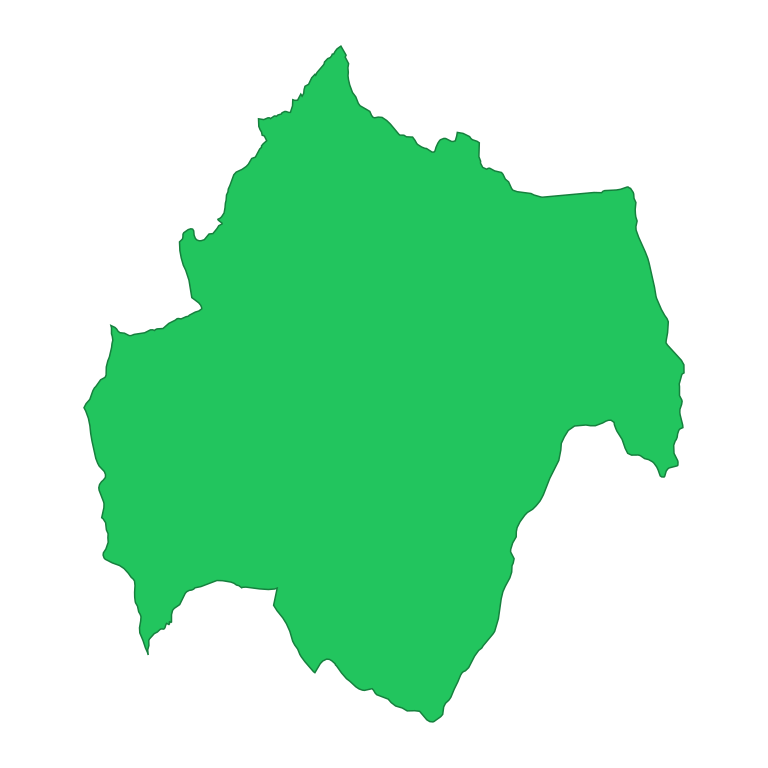 El Cocuy, Boyacá, Colombia (Equal Earth projection)
{"feature_id": "7082276B29849615421719", "entity_name": "El Cocuy", "entity_type": "district", "adm_level": 2, "iso_a3": "COL", "parent_name": "Colombia", "parent_adm1": "Boyacá", "projection": "equal_earth", "projection_center": [-72.432, 6.355], "detail": "fine", "context": "isolated", "style": "filled", "palette": "green", "viewbox_px": 768, "rotation_deg": 0, "n_neighbors": 0, "source": "geoboundaries", "source_scale": "gbopen_adm2", "svg_char_len": 6083}
<svg xmlns="http://www.w3.org/2000/svg" viewBox="0 0 768 768"><path d="M442.7,714.4L443.7,706.9L445.5,703.3L449.1,699.9L450.9,697.2L454.2,689.2L457.8,681.9L460.6,675.1L461.9,673.0L463.4,671.6L465.4,670.8L468.7,667.6L474.6,656.1L478.7,650.4L481.7,648.1L483.2,645.7L493.2,633.7L494.7,631.3L498.4,618.7L501.2,598.8L502.9,591.7L505.2,586.5L509.9,577.8L511.7,572.1L512.0,565.7L513.2,563.1L514.1,558.7L510.6,551.9L510.7,549.4L512.7,542.9L516.2,536.9L516.3,531.7L517.1,527.6L520.0,521.8L524.8,515.2L527.4,512.5L532.7,509.2L536.1,505.8L539.9,501.2L541.6,498.2L543.4,494.7L549.8,478.3L558.8,460.4L560.8,450.1L561.3,443.4L564.3,436.9L568.3,430.4L574.6,426.0L585.9,425.0L590.4,425.7L595.4,425.7L602.8,422.9L605.8,421.2L608.3,420.3L611.0,420.2L614.1,422.4L614.4,424.8L615.8,428.6L616.9,431.1L622.1,439.4L625.2,448.4L627.7,453.3L631.5,455.1L638.2,455.0L640.3,455.6L644.6,458.6L648.6,459.6L652.5,461.8L654.0,463.2L656.8,467.1L658.1,469.9L660.2,475.9L661.7,476.9L664.1,477.0L664.7,476.3L666.2,471.1L668.0,468.7L669.2,467.9L676.6,466.0L677.6,465.6L677.9,465.0L678.0,462.1L677.7,460.7L674.0,453.3L673.7,445.3L675.2,441.0L676.3,439.5L677.2,437.1L677.6,434.0L678.8,430.3L680.0,428.9L682.9,427.6L682.7,425.1L680.1,414.7L679.8,412.4L679.9,409.4L681.6,404.5L682.1,401.4L681.8,400.0L679.5,395.6L679.5,386.6L679.2,384.0L681.8,374.7L682.3,373.9L684.0,372.9L683.9,364.8L681.4,360.3L667.6,345.2L666.0,342.8L666.2,340.5L667.6,332.6L668.3,321.8L667.0,318.6L664.7,315.4L661.4,309.5L656.6,298.4L656.0,296.3L654.5,287.2L649.1,263.1L647.8,258.4L645.3,252.0L638.7,237.3L636.1,230.1L635.9,226.7L637.1,221.0L635.8,216.9L635.4,213.6L635.2,209.5L635.9,202.5L634.0,198.3L633.7,194.0L633.2,192.4L630.5,188.3L629.7,188.2L628.1,187.0L627.2,187.0L620.5,189.3L616.3,190.0L604.6,190.6L602.9,191.3L601.6,192.7L594.0,192.5L542.4,197.2L540.9,197.0L534.0,195.0L531.0,193.5L517.2,191.7L513.2,190.3L512.5,189.8L511.4,188.1L508.6,181.9L505.3,179.1L503.0,174.3L501.5,172.5L494.7,170.9L489.7,168.2L488.2,168.3L486.7,169.2L482.7,167.4L480.5,163.1L480.6,161.2L478.9,156.7L479.3,142.8L477.1,141.3L472.4,139.7L471.0,138.6L469.6,136.6L463.1,133.4L457.3,132.4L456.7,136.0L455.3,140.8L453.1,141.5L451.4,141.4L445.7,138.5L443.9,138.4L440.6,139.7L439.7,140.4L437.9,143.1L436.0,147.3L435.0,150.9L433.9,152.1L432.1,152.1L426.5,148.5L424.8,148.3L421.6,147.0L417.8,144.6L416.8,143.6L414.9,140.2L412.6,137.1L406.4,136.8L403.9,135.2L399.8,135.1L398.8,134.2L390.5,124.2L386.7,120.5L382.1,117.4L378.2,117.1L374.6,117.8L373.0,117.3L371.5,115.3L369.8,111.4L360.0,105.7L358.3,103.3L355.8,96.9L352.5,92.5L349.7,84.9L348.5,79.7L348.0,75.8L348.3,72.3L347.9,67.8L348.6,63.7L345.2,57.1L346.1,55.2L340.9,46.1L337.0,48.9L335.1,51.4L333.7,54.0L332.3,54.1L331.6,55.9L330.2,57.6L327.7,58.6L324.5,62.0L324.1,63.9L323.4,65.0L317.0,72.5L315.7,75.2L315.0,74.3L311.7,77.8L308.6,84.3L305.0,86.3L304.1,89.5L303.7,93.4L302.1,96.2L300.8,94.1L297.6,100.2L294.7,100.4L292.8,99.7L292.5,105.9L290.4,112.4L288.7,112.4L286.0,111.5L284.7,111.5L282.0,112.8L281.3,114.0L277.9,115.0L276.3,116.4L275.0,115.9L274.0,116.2L270.5,118.6L269.7,117.9L268.0,117.8L263.8,119.6L258.5,118.8L258.8,126.4L260.1,129.7L261.5,132.0L262.2,135.3L263.6,135.6L264.5,136.3L266.7,140.7L263.1,143.9L261.5,145.9L261.5,147.3L259.7,149.0L255.4,157.1L251.7,158.5L248.3,164.3L246.2,166.5L242.0,169.4L236.2,172.1L233.8,174.8L229.9,185.5L228.3,189.0L227.9,192.0L226.5,195.0L226.1,200.3L225.4,203.1L225.0,207.8L224.1,212.9L221.6,216.8L220.1,218.2L217.9,219.3L218.3,220.2L222.0,223.1L222.0,224.0L218.8,225.7L216.9,228.7L212.9,233.6L209.0,234.0L204.3,239.7L201.2,240.7L199.2,240.8L197.1,240.1L195.4,238.5L194.1,235.2L193.7,230.8L192.6,229.1L190.8,228.8L188.2,229.6L183.8,232.7L183.0,234.2L182.9,237.3L182.4,239.1L179.5,241.9L179.9,250.7L181.2,257.8L183.3,265.2L185.7,270.2L189.0,280.3L191.8,297.6L198.7,302.8L200.6,305.1L201.5,307.1L201.8,308.8L198.8,311.0L195.2,312.1L189.5,315.1L188.2,316.3L186.1,316.7L181.1,318.9L178.2,318.5L177.1,318.7L175.2,320.2L168.8,323.4L163.0,328.5L157.0,328.9L155.3,329.7L154.6,330.5L152.7,329.8L150.4,329.9L144.6,332.8L134.1,334.4L131.1,335.6L129.2,335.6L124.5,333.2L119.9,332.7L118.0,331.2L116.6,329.0L114.9,327.4L110.9,325.5L111.5,327.8L111.5,333.8L112.3,336.5L112.8,340.2L112.0,343.7L111.6,347.4L109.4,356.9L107.8,360.9L106.3,366.9L106.1,375.2L105.0,377.4L100.6,379.8L95.7,386.7L94.5,387.8L92.9,390.7L89.8,399.4L86.1,403.6L84.0,407.7L85.7,410.9L88.4,418.3L89.9,425.7L90.7,433.5L92.0,441.1L95.8,458.4L97.7,463.3L99.2,466.1L104.3,471.5L105.5,474.6L105.4,477.4L103.2,480.2L101.5,481.7L99.6,484.4L98.8,487.7L99.1,490.2L103.6,501.9L104.0,503.7L103.9,507.7L101.7,517.7L103.1,518.8L105.6,522.7L106.4,529.9L108.1,533.7L107.9,537.7L108.2,542.3L105.9,549.0L103.4,552.8L103.1,555.1L104.1,558.0L105.3,559.3L112.3,562.9L119.5,565.5L124.0,568.5L128.2,573.1L131.1,577.2L133.3,579.2L134.5,581.0L135.0,585.6L134.6,592.3L134.7,597.1L135.2,601.3L135.5,602.7L137.5,606.2L138.7,611.8L140.3,614.6L141.0,616.8L140.7,620.9L139.5,627.8L139.8,632.9L143.0,640.5L145.4,647.8L147.5,652.5L148.2,655.0L147.7,649.9L148.9,645.5L148.8,640.4L149.6,638.8L154.3,633.6L157.4,632.0L160.1,629.4L161.5,628.9L163.5,629.1L164.3,628.7L165.0,627.6L165.9,624.6L166.6,623.4L168.9,624.5L169.4,623.9L169.3,622.0L169.8,621.7L170.9,622.4L171.5,622.0L171.5,614.7L172.6,610.3L174.2,608.4L179.7,604.6L185.2,593.4L186.6,591.8L189.2,590.4L191.8,590.0L193.7,589.1L195.0,587.8L200.9,586.6L216.9,580.5L222.7,580.7L231.0,582.1L234.1,583.3L236.4,585.0L239.0,585.7L241.7,587.8L242.6,587.3L245.9,587.1L259.6,588.9L268.4,589.5L274.6,589.0L277.2,588.1L273.6,605.3L277.1,610.8L282.8,617.9L286.4,623.7L289.8,631.2L292.7,641.2L294.7,645.0L297.7,649.1L299.9,654.5L301.2,656.7L304.9,661.7L313.5,671.7L314.9,672.7L320.3,663.6L322.8,661.0L326.6,659.1L329.5,659.4L331.8,660.8L335.3,663.9L335.3,664.7L336.7,666.1L341.5,672.9L346.5,678.7L349.8,681.2L355.8,686.8L359.0,688.9L362.3,690.1L364.4,690.4L372.1,688.7L373.5,690.2L375.2,693.1L376.7,694.7L388.2,699.1L391.2,702.6L395.6,706.0L402.3,708.0L407.2,710.9L414.7,710.7L419.6,711.3L426.8,719.8L429.8,721.6L432.9,721.9L434.0,721.5L440.7,716.7L442.7,714.4Z" fill="#22c55e" stroke="#15803d" stroke-width="1.5"/></svg>